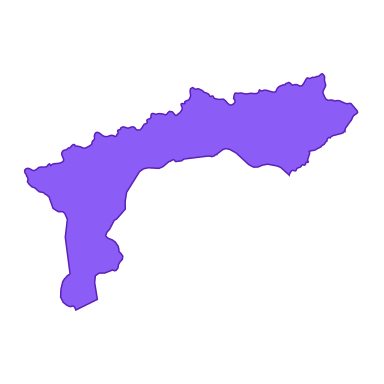 the border of West Azarbaijan, rotated 89°
{"feature_id": "IRN-3237", "entity_name": "West Azarbaijan", "entity_type": "Province", "adm_level": 1, "iso_a3": "IRN", "parent_name": "Iran", "parent_adm1": "", "projection": "orthographic", "projection_center": [44.982, 37.874], "detail": "fine", "context": "isolated", "style": "filled", "palette": "violet", "viewbox_px": 384, "rotation_deg": 89, "n_neighbors": 0, "source": "natural_earth", "source_scale": "10m", "svg_char_len": 5463}
<svg xmlns="http://www.w3.org/2000/svg" viewBox="0 0 384 384"><g transform="rotate(89 192 192)"><path d="M115.3,25.0L116.3,25.8L118.2,28.6L119.1,29.6L123.1,31.5L124.4,32.7L129.9,36.7L130.1,36.9L131.1,37.5L131.3,37.6L132.8,37.9L134.3,38.0L134.1,38.4L133.9,38.6L135.3,39.7L136.1,41.6L138.1,50.0L139.0,51.8L140.4,53.0L139.8,54.1L140.1,54.7L141.8,56.0L142.2,56.1L142.9,56.1L143.4,56.2L143.7,56.5L143.8,56.9L144.1,57.3L146.5,58.9L146.9,59.4L147.1,60.0L147.7,60.9L148.4,61.8L149.0,62.1L149.5,63.0L150.8,65.7L151.2,66.7L151.8,67.5L152.3,68.5L153.0,72.8L153.4,74.2L155.2,73.6L162.3,76.0L162.5,75.8L163.0,75.5L163.6,75.2L164.2,75.3L164.4,75.8L164.3,76.7L164.2,77.4L164.9,77.7L165.9,77.9L166.8,78.5L167.2,79.4L166.6,80.7L167.0,81.6L167.6,82.1L168.3,82.5L168.9,83.1L169.2,83.8L169.8,85.7L170.1,86.5L170.7,86.9L172.4,87.7L172.7,88.3L172.6,89.2L172.3,89.9L172.1,90.6L172.2,91.6L173.0,92.5L174.5,93.5L176.0,94.3L176.9,94.5L176.4,94.9L168.9,103.0L167.4,106.7L165.5,116.0L166.4,121.1L168.2,125.7L168.2,130.1L165.6,134.8L153.8,147.1L150.0,153.7L149.2,157.5L150.1,160.4L154.5,166.4L155.0,166.4L155.0,167.6L155.4,168.2L156.0,168.7L156.4,169.4L156.8,171.0L157.0,171.9L156.7,172.4L156.5,172.8L156.4,175.8L158.9,199.5L160.3,201.4L160.6,202.1L160.7,202.4L161.3,207.7L161.0,208.2L160.4,208.6L159.7,209.1L159.4,210.1L159.9,211.5L160.9,213.2L161.4,214.8L166.1,220.5L167.8,224.5L167.0,235.4L168.0,240.1L170.7,244.1L191.2,257.4L200.4,259.0L207.9,259.0L217.7,267.8L218.9,270.2L227.7,275.0L230.8,277.8L234.1,279.1L236.1,277.7L237.2,275.8L237.5,275.0L238.5,272.5L240.7,269.6L244.9,266.8L248.4,266.0L250.1,266.2L252.0,264.3L254.9,262.3L258.1,262.8L260.4,265.0L263.2,266.7L266.8,267.4L269.1,269.3L269.4,271.1L268.5,272.5L271.5,280.6L271.5,286.4L274.1,290.1L281.0,290.9L297.7,288.5L308.0,310.2L306.3,310.8L304.2,312.1L304.0,313.9L304.5,315.3L304.2,316.7L303.0,319.2L300.1,322.7L294.8,325.2L286.8,324.7L279.4,322.8L276.6,321.0L275.4,319.6L273.9,318.5L272.9,317.2L272.4,316.1L271.5,315.4L235.0,319.5L217.1,317.1L211.0,319.7L209.4,321.7L209.4,325.9L206.0,331.2L194.5,335.0L192.4,337.3L191.6,338.8L190.0,340.4L189.1,344.7L185.1,349.2L184.0,352.1L181.2,354.9L178.8,356.4L177.2,355.8L175.3,355.9L173.0,357.1L171.7,357.4L170.3,358.4L168.7,359.0L167.1,358.8L165.9,357.5L165.9,357.4L165.4,356.0L165.8,354.2L166.7,352.4L167.6,351.0L167.8,349.2L166.9,347.5L164.7,344.6L164.4,342.7L164.5,338.7L164.2,337.0L163.1,336.0L161.8,334.9L161.4,333.9L163.1,332.8L161.8,331.1L161.3,329.5L161.1,325.7L160.8,323.7L160.0,321.5L158.7,319.9L156.9,319.8L153.0,321.4L150.9,321.6L149.0,320.7L148.2,319.7L147.9,318.9L147.8,318.1L147.5,316.9L146.9,316.1L146.3,315.5L145.8,314.8L145.8,313.5L144.9,312.5L143.7,311.6L143.5,311.3L142.5,310.0L142.6,308.6L142.9,308.4L143.8,308.1L144.0,307.9L144.1,306.0L144.8,303.0L146.2,299.8L146.3,298.2L145.5,296.3L143.8,293.1L142.8,291.7L141.6,291.1L140.7,291.1L139.9,290.8L139.1,290.3L138.5,289.5L137.6,288.7L136.6,288.5L134.4,288.7L132.6,288.2L131.2,287.3L130.6,285.8L131.4,283.6L133.9,280.5L134.8,278.9L135.2,276.8L134.9,274.9L134.3,273.4L133.9,271.9L134.2,269.5L135.0,268.5L135.1,267.6L134.7,266.8L133.1,266.0L132.3,265.1L131.9,264.8L131.2,264.9L129.8,265.3L129.1,265.2L128.8,264.7L128.5,263.4L128.2,262.8L127.7,262.4L127.2,262.3L126.7,262.0L126.2,261.4L125.7,259.9L125.7,259.0L126.6,256.5L127.1,254.8L126.6,253.3L126.0,251.8L125.8,250.0L126.3,248.4L127.1,247.7L128.1,247.1L128.9,246.1L129.2,243.2L127.6,241.4L123.6,238.8L123.0,237.6L122.6,236.3L121.9,235.5L119.4,235.9L118.7,235.2L117.8,232.6L116.7,231.8L114.1,231.6L113.1,231.0L112.7,229.6L113.7,227.0L113.4,225.5L113.0,223.7L113.2,221.5L113.6,219.3L114.3,217.5L114.0,216.0L112.4,214.8L111.0,213.2L111.4,210.6L111.9,209.8L114.4,207.9L115.1,206.7L114.9,205.9L112.4,202.7L110.6,201.2L108.7,200.3L106.8,200.5L105.9,201.0L104.8,201.4L103.8,201.3L103.3,200.3L103.4,199.8L103.7,198.4L103.6,197.9L103.1,197.5L102.6,197.6L102.2,197.8L101.6,197.6L100.9,196.6L100.5,195.5L100.2,194.5L99.8,193.7L99.1,193.1L96.6,191.9L95.7,191.7L91.2,192.2L88.8,191.7L87.6,189.8L87.8,189.1L87.9,188.8L88.7,187.9L89.3,187.0L89.2,185.9L88.9,184.6L89.0,183.5L89.5,182.4L90.0,181.3L90.7,180.0L92.4,178.2L93.0,176.8L93.6,175.0L94.3,173.9L95.2,173.1L96.5,172.5L96.9,171.9L96.3,170.3L96.4,169.5L97.0,169.0L98.3,168.5L98.8,167.8L99.2,166.5L99.7,164.8L99.9,163.1L99.7,158.9L101.6,156.7L104.1,154.7L105.7,152.5L105.7,151.1L105.1,149.7L104.3,148.5L103.3,147.7L102.3,147.3L101.4,147.4L99.1,148.8L95.7,148.1L94.6,147.6L94.0,147.2L93.8,146.4L94.1,145.0L94.1,144.1L93.9,141.9L93.9,140.9L94.8,137.3L94.9,135.8L94.3,131.3L94.7,127.9L94.7,126.0L94.2,124.6L93.7,124.0L93.2,123.6L91.9,123.2L91.1,122.8L91.3,122.3L91.9,121.6L92.2,121.0L91.9,119.4L91.5,118.4L91.4,117.3L91.7,115.5L93.6,109.1L93.3,106.6L89.7,104.8L88.6,103.7L87.7,102.4L87.0,100.4L86.7,99.7L86.5,99.0L86.6,98.3L86.5,97.5L86.0,97.0L85.4,96.5L85.0,95.8L84.7,94.5L84.5,93.9L84.1,93.3L84.1,93.2L85.1,91.6L86.2,90.7L86.9,89.7L86.3,86.2L86.7,84.8L88.0,82.1L87.5,80.0L84.9,78.1L81.9,76.4L80.1,75.1L80.0,74.3L80.5,72.7L80.5,71.9L79.7,70.2L79.4,69.4L79.4,68.7L79.6,68.1L79.6,67.4L78.8,65.7L78.5,63.8L78.2,63.0L78.2,62.9L76.4,60.8L76.0,59.7L76.8,58.7L78.2,57.8L79.2,57.4L80.2,57.4L81.7,57.6L83.3,57.5L87.0,56.5L88.6,56.7L93.3,59.1L95.0,59.3L96.5,58.9L100.1,57.3L101.4,56.4L102.6,54.6L102.6,53.0L102.4,51.4L102.7,49.4L103.4,48.4L103.5,47.3L103.2,46.2L103.1,45.0L103.2,43.5L103.6,42.3L105.8,37.8L106.2,36.7L106.3,36.3L106.4,35.3L106.1,32.4L106.4,31.4L113.6,25.5L115.3,25.0Z" fill="#8b5cf6" stroke="#5b21b6" stroke-width="1.5"/></g></svg>